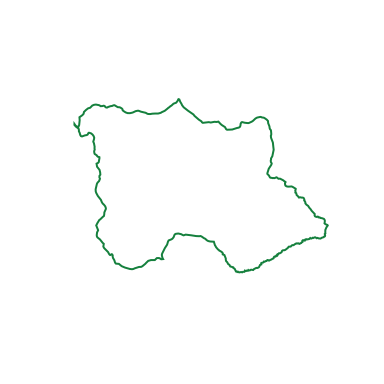 Santa María, Huila, Colombia, rotated 33°
{"feature_id": "7082276B74568314469162", "entity_name": "Santa María", "entity_type": "district", "adm_level": 2, "iso_a3": "COL", "parent_name": "Colombia", "parent_adm1": "Huila", "projection": "orthographic", "projection_center": [-75.551, 2.922], "detail": "fine", "context": "isolated", "style": "outline", "palette": "green", "viewbox_px": 384, "rotation_deg": 33, "n_neighbors": 0, "source": "geoboundaries", "source_scale": "gbopen_adm2", "svg_char_len": 6061}
<svg xmlns="http://www.w3.org/2000/svg" viewBox="0 0 384 384"><g transform="rotate(33 192 192)"><path d="M209.1,91.5L208.4,91.8L206.1,94.1L205.2,95.8L204.4,99.1L203.8,100.5L202.0,103.3L200.9,104.0L198.5,105.2L195.9,106.1L195.5,106.9L195.6,108.2L196.5,110.1L196.7,111.2L196.2,112.5L194.8,113.9L191.7,117.7L187.5,120.7L186.4,120.7L184.3,119.6L180.3,119.6L178.5,119.3L175.8,118.6L174.6,119.8L172.6,120.9L169.9,123.5L168.0,124.3L163.4,128.1L162.4,128.1L161.4,127.6L158.4,127.6L152.6,126.8L151.0,126.2L144.4,126.0L138.9,125.5L136.4,124.6L135.0,123.7L133.1,122.8L131.0,121.3L130.2,121.4L130.0,121.8L130.3,123.0L130.1,125.7L128.4,128.0L127.7,130.8L127.2,131.7L126.7,133.5L126.3,134.3L126.1,135.2L124.9,138.8L123.0,141.8L122.7,142.6L120.8,144.7L118.3,146.3L116.0,148.0L114.6,149.3L112.9,150.4L111.9,150.7L110.0,150.8L105.6,152.4L102.8,153.0L102.1,153.5L100.7,154.9L99.1,157.5L98.5,158.2L97.0,159.7L95.1,160.9L93.0,161.4L90.2,161.4L89.3,161.2L88.7,160.5L87.8,160.2L86.0,160.2L85.1,160.4L83.5,161.3L79.8,161.4L78.9,162.1L78.1,163.4L76.9,164.4L75.2,166.6L75.0,167.2L74.4,167.7L73.9,167.9L73.0,167.9L72.1,167.5L71.3,167.6L70.7,167.9L70.2,168.6L68.6,169.8L67.4,169.7L66.5,169.9L63.8,171.0L62.4,172.2L61.3,173.8L60.7,176.8L59.3,178.4L58.4,181.0L57.8,183.7L58.5,185.5L58.2,187.3L56.9,190.6L58.7,193.0L60.9,197.3L61.2,199.1L61.0,199.4L60.1,199.7L58.8,199.8L58.1,199.7L56.4,199.0L56.9,199.8L59.1,200.4L62.3,200.6L63.4,201.6L64.1,202.7L65.8,203.7L66.4,204.4L67.1,204.8L67.3,205.1L68.4,205.6L69.5,205.3L71.3,202.9L72.7,201.6L73.2,200.6L73.0,199.1L73.3,198.4L75.4,197.8L77.3,198.0L79.1,198.7L80.4,199.7L81.0,200.9L81.8,203.6L83.3,204.6L85.7,207.1L86.4,208.4L87.3,209.4L87.6,210.7L88.0,211.5L89.0,212.6L89.7,213.1L91.7,213.1L92.4,213.2L93.0,213.6L93.8,213.7L95.3,213.2L95.9,213.9L97.5,217.7L97.4,218.6L96.5,220.2L98.6,222.5L102.4,223.8L104.3,225.6L105.7,227.4L105.6,228.9L106.4,230.2L107.6,231.0L108.1,233.4L107.7,235.6L107.8,236.9L109.7,242.2L111.0,244.0L112.3,245.0L115.2,246.6L119.9,248.2L121.7,249.5L123.3,250.3L125.1,250.6L127.1,251.3L128.6,252.5L129.0,253.2L129.6,256.8L130.6,258.6L131.2,260.1L130.8,261.2L129.9,265.1L129.5,265.9L129.6,269.6L129.9,272.2L134.1,275.2L134.4,277.6L135.6,280.1L136.6,281.2L137.6,281.6L140.6,281.9L144.8,283.3L146.2,283.5L147.4,286.1L148.9,286.9L154.4,288.1L155.9,289.0L157.3,289.5L158.0,289.2L158.4,288.0L158.9,287.8L160.0,288.3L160.4,289.1L161.6,290.3L164.0,291.5L165.9,293.1L167.2,293.5L169.8,292.1L173.4,292.5L176.9,291.9L181.8,290.4L183.8,289.4L184.9,288.3L185.4,287.4L188.3,283.8L190.1,282.5L190.8,281.3L192.0,277.5L192.1,276.6L192.8,273.6L194.7,271.4L197.9,269.3L198.5,266.6L200.1,265.5L200.9,265.2L202.8,265.2L204.3,264.0L202.9,263.2L201.3,261.6L200.9,261.1L200.5,259.9L199.8,253.9L199.8,249.7L198.9,246.7L198.8,245.3L200.4,243.1L201.0,241.9L201.2,239.9L200.7,237.7L200.7,236.9L201.2,235.9L203.1,234.3L205.8,233.3L207.9,233.1L208.6,232.9L209.9,231.2L214.8,228.8L219.5,226.7L222.2,225.1L223.1,224.3L224.3,224.1L227.2,224.2L228.7,224.0L230.5,224.4L232.3,224.3L234.2,223.6L237.4,221.8L240.3,224.2L241.1,224.5L242.3,225.2L245.0,226.0L246.4,226.1L246.9,226.3L248.2,226.1L250.3,226.2L251.3,226.7L251.5,227.4L251.8,227.6L253.5,227.2L256.6,229.4L257.2,230.4L258.3,231.4L259.8,231.7L261.5,232.7L263.0,232.7L264.6,233.6L267.6,232.7L268.3,233.3L269.0,233.1L269.7,233.2L272.1,234.7L272.7,234.3L273.5,234.5L273.9,233.8L274.5,233.9L275.4,233.7L275.6,233.4L276.4,232.8L276.8,232.3L277.8,232.1L278.2,231.2L279.4,230.4L279.2,229.1L280.1,229.1L280.4,228.9L280.7,228.1L281.4,227.9L281.7,227.6L281.7,226.8L282.4,226.9L282.5,226.7L283.3,226.1L283.5,225.4L284.2,224.8L285.8,224.1L286.0,222.8L287.3,220.6L288.1,220.2L288.9,219.1L289.1,218.3L288.8,216.1L289.6,215.0L288.9,214.2L288.8,213.7L290.1,212.4L290.2,211.2L290.6,211.2L290.9,211.0L291.4,209.8L292.1,209.3L292.1,208.6L292.3,208.0L292.7,207.7L293.8,207.7L294.1,207.5L294.7,206.2L295.3,205.5L295.9,204.1L296.5,203.4L296.5,202.9L296.2,202.3L296.2,201.5L296.4,201.1L297.1,200.9L297.3,200.7L297.2,199.6L297.4,199.3L297.6,199.2L298.0,199.3L298.2,199.1L298.1,198.6L297.5,198.4L297.5,197.9L297.7,197.4L298.2,197.3L298.3,196.0L299.0,195.6L299.7,194.3L299.9,193.6L299.6,192.3L299.8,191.7L300.2,191.2L301.1,190.6L301.8,189.7L302.8,186.8L302.9,185.2L304.5,184.0L304.8,182.5L305.1,181.9L305.9,181.5L306.2,181.1L306.8,179.5L307.2,179.0L307.4,178.3L308.2,178.0L308.9,177.2L309.5,177.1L310.2,177.1L310.5,176.9L310.7,176.2L311.4,175.3L311.4,174.5L311.9,173.7L311.8,173.4L311.1,172.8L311.2,172.1L311.5,171.8L313.0,171.4L312.8,170.5L313.4,170.2L313.4,169.4L314.6,168.9L315.9,167.6L316.2,166.2L317.0,166.3L317.5,166.0L318.2,164.6L318.7,164.6L319.7,163.1L320.3,162.8L321.7,162.9L322.3,162.1L323.6,161.9L325.2,161.0L325.7,159.8L327.0,158.2L327.0,157.6L327.4,157.2L327.6,156.8L327.3,155.9L326.2,154.9L326.4,154.1L325.9,153.5L324.5,151.2L324.0,148.5L324.1,146.2L323.6,145.9L321.4,146.3L320.2,146.1L319.7,144.9L319.1,143.8L318.3,143.1L317.2,142.7L315.2,143.2L313.9,143.8L312.9,143.7L312.6,144.1L311.9,144.4L311.4,144.1L310.9,144.1L310.0,145.1L308.7,145.4L308.2,145.3L307.5,144.8L306.9,143.6L302.6,142.6L300.8,141.8L298.9,141.3L297.0,140.4L294.9,140.3L293.3,139.8L292.6,138.8L291.9,138.5L291.6,138.2L290.9,138.1L290.6,137.9L290.5,137.4L290.2,137.0L288.8,136.2L287.9,136.4L287.2,136.9L285.4,137.6L284.8,138.4L282.6,137.7L281.5,137.6L280.0,136.2L279.0,136.2L278.7,135.4L277.8,134.5L277.7,133.7L277.2,132.8L273.7,132.9L272.5,133.1L270.1,134.9L268.8,135.6L267.7,135.8L266.8,135.7L265.7,134.7L265.2,134.0L265.1,132.8L264.9,132.6L263.8,132.7L262.2,132.5L259.1,132.8L258.5,132.9L257.3,133.8L255.0,133.6L254.7,133.8L253.9,135.1L253.3,135.7L252.5,136.0L251.8,136.6L251.2,136.7L250.0,137.3L249.4,137.3L247.8,136.4L246.9,136.1L245.6,135.9L245.3,135.7L245.0,135.3L243.7,130.7L243.7,126.2L243.4,124.8L243.1,124.5L241.8,123.9L240.9,122.7L240.6,121.7L240.0,120.8L239.9,118.3L237.5,112.1L235.5,109.7L232.9,106.5L228.8,103.5L227.5,101.9L227.3,100.9L226.7,99.9L224.9,97.6L224.1,97.0L223.2,96.8L222.4,96.2L221.1,94.7L218.4,92.8L217.1,91.1L215.3,90.6L212.6,90.5L211.7,90.6L210.0,91.4L209.1,91.5Z" fill="none" stroke="#15803d" stroke-width="2"/></g></svg>